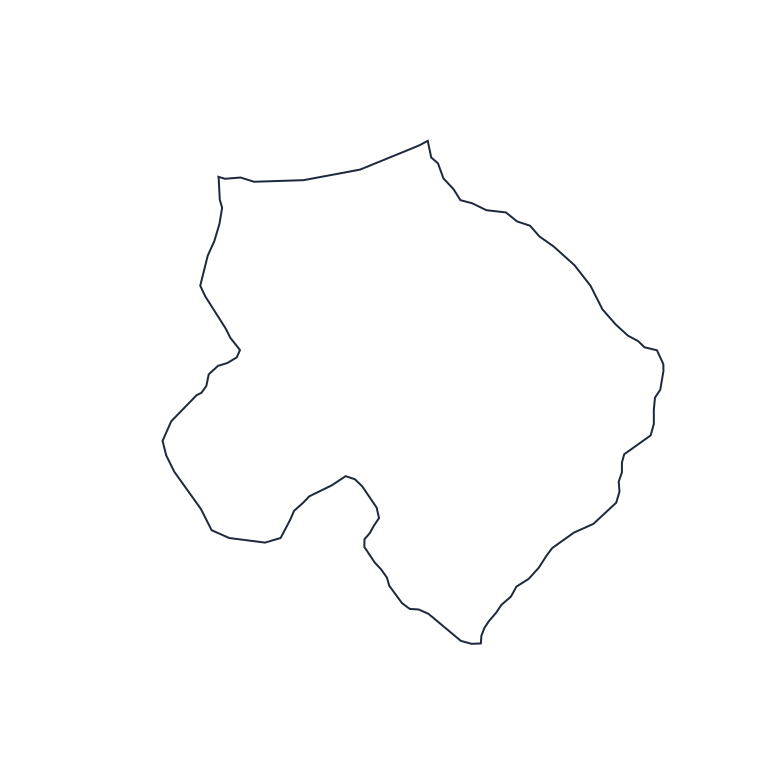 the border of Rabat - Salé - Zemmour - Zaer, rotated 37°
{"feature_id": "MAR-1451", "entity_name": "Rabat - Salé - Zemmour - Zaer", "entity_type": "Region", "adm_level": 1, "iso_a3": "MAR", "parent_name": "Morocco", "parent_adm1": "", "projection": "mercator", "projection_center": [-6.34, 33.685], "detail": "fine", "context": "isolated", "style": "outline", "palette": "slate", "viewbox_px": 768, "rotation_deg": 37, "n_neighbors": 0, "source": "natural_earth", "source_scale": "10m", "svg_char_len": 1449}
<svg xmlns="http://www.w3.org/2000/svg" viewBox="0 0 768 768"><g transform="rotate(37 384 384)"><path d="M127.1,318.2L133.5,315.8L145.2,305.4L158.5,300.7L197.1,269.6L235.9,227.1L268.5,172.3L272.6,163.5L285.4,174.7L294.3,175.3L307.7,184.0L322.4,186.6L334.4,191.2L345.6,186.6L361.1,183.6L378.1,173.6L392.4,174.1L405.4,169.7L419.2,172.6L437.0,172.1L464.7,174.5L489.9,181.3L513.5,192.9L533.0,197.0L549.7,198.6L561.1,196.8L569.9,197.9L581.7,192.8L595.1,200.0L599.4,205.5L608.1,222.4L608.6,231.8L615.2,242.5L623.5,253.4L627.9,264.6L618.1,295.5L621.2,303.4L627.2,311.4L630.2,320.7L636.8,328.2L640.9,339.0L635.4,369.7L625.1,388.4L617.1,413.7L617.1,423.2L618.2,437.4L616.8,452.5L611.7,466.1L613.3,477.4L610.7,489.6L611.2,499.4L610.5,510.5L611.0,518.4L613.3,526.5L617.5,532.9L610.3,538.8L600.0,542.9L557.9,540.8L547.4,543.2L540.0,548.1L530.4,548.2L509.7,542.0L502.9,536.9L493.3,533.8L484.2,532.2L466.4,526.0L461.8,519.7L462.4,511.5L461.2,503.3L460.7,494.1L452.6,487.2L428.1,478.8L418.0,477.6L408.8,480.7L403.3,496.3L391.9,518.7L390.9,527.4L388.5,539.6L390.8,548.9L394.1,569.2L384.4,582.3L353.0,600.2L334.3,604.5L313.0,594.0L269.3,580.3L252.9,572.0L241.4,562.7L236.5,541.8L241.1,505.6L243.5,500.9L243.3,492.5L238.2,481.7L240.5,469.4L246.2,461.6L250.4,451.3L248.5,443.5L233.5,439.6L224.0,434.9L188.8,421.7L178.1,416.1L166.0,387.6L162.5,372.0L156.2,355.1L148.7,340.7L141.9,335.6L128.0,319.0L127.1,318.2Z" fill="none" stroke="#1e293b" stroke-width="2"/></g></svg>